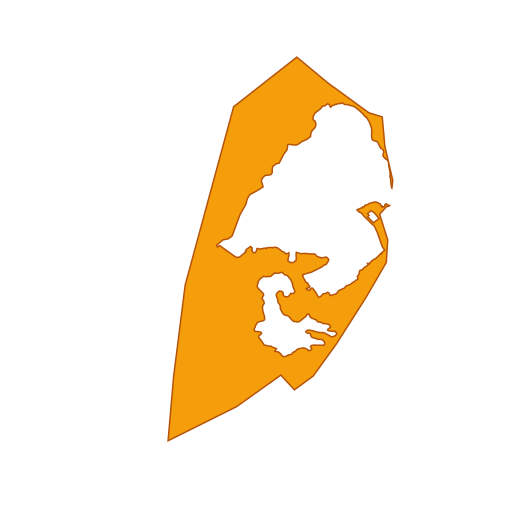 Zemam Out, Al Fayyum, Egypt (orthographic projection), rotated 320°
{"feature_id": "37247803B45128523411897", "entity_name": "Zemam Out", "entity_type": "district", "adm_level": 2, "iso_a3": "EGY", "parent_name": "Egypt", "parent_adm1": "Al Fayyum", "projection": "orthographic", "projection_center": [30.662, 29.347], "detail": "fine", "context": "isolated", "style": "filled", "palette": "amber", "viewbox_px": 512, "rotation_deg": 320, "n_neighbors": 0, "source": "geoboundaries", "source_scale": "gbopen_adm2", "svg_char_len": 6136}
<svg xmlns="http://www.w3.org/2000/svg" viewBox="0 0 512 512"><g transform="rotate(320 256 256)"><path d="M390.8,303.3L389.8,301.6L389.3,300.5L389.3,299.9L389.0,299.5L387.3,299.7L386.6,300.4L385.4,300.6L384.9,300.1L384.7,299.0L384.0,299.5L384.0,298.1L384.6,295.8L384.3,295.7L383.6,293.5L382.9,292.2L381.8,291.0L377.0,288.7L376.0,288.4L374.7,288.5L372.9,287.5L371.8,287.2L370.5,287.8L369.7,287.1L369.0,286.9L368.3,287.4L367.4,286.8L363.1,285.5L362.9,285.8L362.9,286.5L363.4,287.6L363.2,288.4L364.4,291.0L364.3,294.7L365.4,306.4L365.9,309.0L364.0,316.1L358.9,329.5L358.6,330.7L358.4,334.2L353.1,334.3L353.1,335.0L351.8,334.5L346.1,334.9L343.5,334.2L341.6,334.2L340.0,334.3L337.6,335.0L337.4,334.7L337.4,333.9L336.7,333.3L336.4,334.4L335.3,335.0L331.8,334.4L329.2,334.7L327.8,334.5L326.6,333.8L326.2,333.9L324.6,334.9L323.4,336.0L320.8,336.6L320.3,337.0L319.5,338.9L318.8,339.4L316.6,338.7L314.7,338.9L313.2,338.4L309.8,338.4L306.0,336.9L303.2,337.4L297.7,335.8L296.9,335.7L293.2,336.6L290.4,335.3L288.8,334.6L287.9,334.5L287.6,333.1L288.1,331.4L287.9,330.3L287.5,329.8L285.4,329.6L284.3,328.7L282.9,328.1L279.2,328.6L277.7,328.1L277.6,327.8L277.7,325.3L278.2,324.0L278.4,321.4L278.6,320.5L278.6,317.0L278.3,316.5L277.5,316.2L276.3,316.2L274.9,316.9L274.0,315.5L273.4,313.9L273.6,313.2L276.3,314.3L277.5,314.1L277.8,313.7L277.4,312.6L278.2,309.8L277.6,308.5L277.4,307.6L278.1,305.1L278.1,303.9L278.9,302.1L278.9,301.3L279.4,300.7L279.8,300.2L280.1,300.3L280.9,300.9L284.4,302.2L287.9,304.0L299.5,306.7L303.1,306.7L303.8,307.6L306.7,306.9L308.6,306.1L309.4,305.4L309.6,305.2L309.2,302.0L304.7,299.4L304.3,298.2L303.8,297.9L302.4,295.2L302.4,292.8L302.1,291.9L299.3,289.7L295.2,285.5L292.2,283.3L290.8,281.8L290.3,280.4L289.2,279.1L286.9,281.5L285.6,283.4L283.8,285.1L280.1,284.9L278.3,283.2L277.2,280.4L279.4,278.3L281.8,276.6L283.2,274.6L281.3,274.2L280.7,273.8L280.1,272.8L280.0,271.3L278.7,268.6L278.7,267.7L277.8,263.7L276.5,261.8L274.7,260.5L273.7,260.2L272.9,258.9L271.7,258.3L269.9,256.8L268.5,256.9L268.3,256.6L268.0,255.6L264.4,253.8L262.8,252.6L262.7,251.9L261.5,250.9L259.1,252.6L258.0,252.9L256.9,252.6L256.2,251.8L256.0,251.0L256.4,250.1L256.3,249.3L256.5,248.8L256.7,248.6L257.6,248.3L258.2,247.3L258.1,245.4L257.5,245.1L253.0,244.8L251.2,245.4L251.1,246.3L250.9,246.5L249.5,246.2L243.3,246.3L242.6,246.2L239.9,244.3L234.9,224.7L232.2,224.2L232.8,222.4L240.9,222.4L245.9,225.0L250.6,225.3L270.6,213.9L281.5,209.9L286.0,206.6L290.7,205.0L300.5,207.0L305.9,207.6L308.2,202.2L309.2,201.2L311.9,200.3L314.8,200.2L319.4,203.2L322.1,202.6L323.3,200.9L326.1,198.3L330.6,198.3L333.3,199.8L342.6,195.9L348.3,194.5L348.5,193.8L350.2,192.9L351.1,191.6L352.0,191.0L353.4,192.0L355.2,194.1L357.7,196.5L358.6,197.1L360.4,197.5L364.6,197.8L370.1,199.4L374.0,199.6L374.9,199.4L376.1,197.8L379.1,196.3L379.8,195.9L383.5,195.7L385.9,194.3L386.9,193.2L387.9,191.0L387.4,188.2L389.3,185.9L393.1,184.4L400.0,184.7L403.3,184.0L405.0,185.2L408.8,185.4L409.3,186.8L409.3,188.2L408.8,188.9L409.0,190.1L411.0,189.7L412.8,190.6L414.0,190.8L417.6,192.6L419.1,193.8L420.6,194.2L420.9,194.7L421.1,196.4L421.9,197.5L423.8,199.3L425.5,202.1L426.1,202.8L427.8,205.8L428.1,208.5L428.5,209.5L429.2,215.6L429.3,217.6L429.1,218.6L429.4,220.1L429.8,220.3L429.1,225.4L428.4,227.8L426.7,232.2L425.5,234.0L421.7,238.4L419.9,241.1L420.1,242.7L420.6,243.7L422.4,246.2L422.2,247.8L421.1,252.0L420.9,253.7L421.6,256.6L420.7,258.4L417.8,260.6L417.6,261.1L417.5,262.3L417.7,265.0L418.4,267.5L417.6,269.5L415.9,271.8L412.7,277.8L412.2,278.0L412.0,278.6L411.1,280.1L410.2,280.4L409.6,281.2L408.9,283.1L406.2,286.8L403.7,291.0L403.7,291.3L406.2,289.1L409.4,286.0L425.1,255.0L442.1,230.6L434.5,218.8L422.2,169.2L415.1,129.9L334.8,127.3L183.1,232.7L115.4,295.4L69.9,341.0L144.2,358.9L198.5,363.2L199.4,383.2L222.8,384.7L260.5,375.2L313.6,358.5L351.7,344.7L367.2,328.4L377.6,303.5L387.5,302.1L390.3,303.3L390.8,303.3ZM254.4,281.1L259.8,281.0L260.0,281.8L261.9,283.4L262.9,284.1L264.8,284.7L265.5,285.5L265.9,288.7L267.1,290.4L267.5,292.2L267.4,296.3L266.4,300.0L264.6,303.3L263.0,308.2L262.1,308.6L260.6,308.8L259.7,308.3L259.1,307.3L258.6,306.9L256.2,307.7L253.9,307.7L253.1,306.6L252.2,306.0L251.6,304.3L252.1,302.8L252.8,302.3L253.3,300.7L252.8,299.4L251.6,298.0L250.8,297.7L247.7,298.0L246.1,299.1L244.7,303.2L243.0,305.8L243.0,307.3L242.5,310.0L240.7,312.0L240.0,315.2L239.6,318.5L240.8,320.9L241.5,321.3L241.9,322.2L242.4,324.5L242.2,326.1L242.4,328.4L243.0,330.7L244.1,331.6L245.2,333.2L247.5,334.2L254.6,334.3L256.0,334.2L257.2,333.5L258.5,333.9L259.2,334.4L258.8,335.4L258.3,338.0L258.9,340.0L259.7,341.0L260.1,342.3L261.0,343.3L260.9,345.7L261.4,346.7L262.2,347.5L263.2,348.7L263.8,350.6L267.0,354.0L267.9,355.7L267.7,357.6L267.3,358.4L264.0,358.3L263.2,358.8L263.6,360.1L264.8,361.2L266.4,363.3L267.9,363.9L268.2,366.8L267.7,367.7L265.5,368.0L262.0,366.8L260.4,362.3L258.5,358.1L255.1,355.0L252.8,352.0L252.0,350.5L248.9,346.6L247.1,345.8L245.4,346.0L245.3,346.8L245.7,348.0L246.9,349.1L247.5,350.3L247.6,351.0L247.0,351.8L246.4,354.0L250.1,359.8L252.9,362.5L253.1,363.7L253.1,365.9L251.9,367.8L250.5,367.9L242.9,361.3L241.4,360.4L240.6,360.1L239.6,360.4L239.3,362.3L238.7,363.3L237.2,363.2L235.6,362.6L235.1,359.9L233.7,357.4L232.6,356.4L231.2,355.8L229.5,354.6L227.1,354.0L224.1,354.2L222.5,353.5L219.9,354.1L218.6,353.5L217.4,352.6L214.2,352.1L212.7,351.0L212.1,350.2L211.9,349.3L212.1,348.4L211.8,344.9L211.2,343.4L210.3,342.7L209.2,341.0L212.1,340.2L211.6,339.0L210.0,336.4L209.5,334.5L208.1,333.6L207.3,332.7L206.5,331.1L205.3,330.1L205.1,329.5L205.8,322.7L205.6,320.4L206.6,319.1L210.2,319.0L210.7,318.6L210.8,318.0L210.8,317.7L209.6,315.9L206.8,313.2L207.0,312.1L207.5,310.8L209.9,309.8L211.2,308.9L214.3,307.9L215.6,308.1L219.6,310.1L220.5,310.4L221.9,310.1L223.5,308.0L225.8,302.7L228.3,298.9L231.9,297.5L233.1,295.2L233.0,294.2L233.2,292.8L234.5,291.7L236.8,290.8L237.5,289.6L236.9,283.0L237.1,280.6L237.8,279.5L242.3,276.6L244.5,276.2L248.7,276.4L250.2,278.3L251.4,278.9L252.4,279.9L254.4,281.1ZM374.4,299.0L374.3,306.4L367.3,306.0L366.7,297.7L368.8,297.5L368.7,295.1L373.3,295.3L374.4,299.0Z" fill="#f59e0b" stroke="#b45309" stroke-width="1.5"/></g></svg>